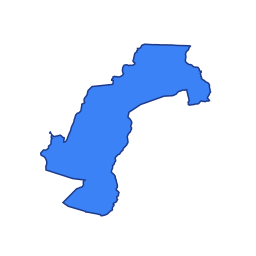 Esplanada, Bahia, Brazil (Robinson projection), rotated 244°
{"feature_id": "56859067B16416208694581", "entity_name": "Esplanada", "entity_type": "district", "adm_level": 2, "iso_a3": "BRA", "parent_name": "Brazil", "parent_adm1": "Bahia", "projection": "robinson", "projection_center": [-37.881, -11.95], "detail": "fine", "context": "isolated", "style": "filled", "palette": "blue", "viewbox_px": 256, "rotation_deg": 244, "n_neighbors": 0, "source": "geoboundaries", "source_scale": "gbopen_adm2", "svg_char_len": 4842}
<svg xmlns="http://www.w3.org/2000/svg" viewBox="0 0 256 256"><g transform="rotate(244 128 128)"><path d="M83.8,40.0L72.0,52.9L71.0,53.2L70.5,54.2L64.3,62.6L62.0,65.3L61.0,65.3L60.5,66.4L60.1,67.9L59.8,69.5L59.8,70.6L59.8,72.0L60.4,73.8L60.7,74.8L61.2,75.9L60.9,77.2L61.5,78.3L62.7,78.6L63.7,79.6L64.4,81.1L65.0,81.8L66.1,81.3L66.7,82.3L66.7,83.3L66.7,85.0L67.6,86.3L68.4,87.3L69.2,86.9L70.2,87.5L71.1,87.7L71.2,89.2L71.9,90.1L72.9,90.5L73.9,91.6L75.1,91.4L76.1,91.0L77.3,90.3L78.4,90.8L79.1,91.9L79.7,92.7L80.6,93.0L81.7,93.5L82.8,93.7L83.7,93.7L84.7,94.1L85.7,94.3L87.3,94.7L88.7,94.6L89.5,95.1L90.4,95.3L91.5,95.2L92.3,95.0L93.2,94.7L94.2,94.2L95.7,93.7L96.6,94.4L97.5,95.0L98.3,96.2L99.4,96.9L100.2,97.5L101.0,97.6L101.2,98.7L101.6,99.7L102.4,100.3L103.0,101.0L103.5,102.1L104.5,102.8L105.5,102.9L106.7,103.2L107.5,104.7L107.9,106.0L108.4,106.8L108.3,107.9L108.3,109.0L109.1,110.4L109.7,111.4L110.0,112.5L110.3,113.7L111.0,114.2L111.9,115.2L112.4,117.1L113.0,118.1L113.2,119.2L114.2,120.4L114.8,121.4L115.9,122.1L117.0,122.3L118.0,122.8L119.5,123.1L120.9,123.7L121.4,124.5L122.2,125.2L122.7,126.3L123.3,127.4L123.5,128.4L124.2,129.1L125.0,129.7L125.5,130.7L126.7,131.3L127.9,131.1L128.8,131.4L129.4,132.1L130.1,132.9L131.0,133.7L132.4,134.0L133.7,133.9L135.2,133.7L136.7,133.2L137.9,132.7L139.3,133.8L140.5,134.9L141.7,135.5L143.6,149.8L142.9,155.6L140.8,174.4L137.8,181.5L137.4,182.8L137.3,184.2L137.4,185.4L137.4,186.5L138.1,187.6L138.6,189.2L138.4,190.6L138.2,191.7L138.2,193.3L137.7,194.5L137.0,195.8L136.8,197.5L125.6,195.0L125.3,194.0L124.6,193.2L123.4,193.0L122.6,192.5L121.3,193.8L121.1,195.5L120.4,196.7L120.1,198.4L119.7,199.9L119.1,201.1L119.0,202.3L119.6,203.6L120.2,204.9L120.1,206.0L119.1,206.8L118.7,207.9L117.9,208.8L117.8,210.0L117.6,211.0L117.0,212.0L116.9,213.2L117.9,213.1L118.9,212.9L120.0,212.4L121.2,213.6L121.9,215.0L122.9,216.1L123.8,217.1L124.2,218.0L125.5,218.1L126.9,218.7L128.6,218.9L129.8,219.5L130.7,220.0L131.9,220.1L133.4,219.7L134.5,218.9L135.7,217.8L137.1,217.6L138.1,216.7L139.1,216.2L140.2,215.7L141.5,216.4L142.7,216.2L143.7,216.7L144.7,216.8L145.5,216.9L146.0,218.3L146.9,218.7L147.5,217.8L148.4,217.4L149.5,217.8L150.6,217.7L151.7,217.5L152.3,216.8L153.0,215.5L153.9,214.1L155.1,213.3L156.5,213.0L157.7,211.9L158.4,210.5L159.7,209.9L161.1,209.1L162.5,208.9L163.9,209.3L165.1,210.2L165.8,210.7L166.7,211.3L167.8,211.7L169.0,211.9L170.2,213.0L171.0,213.8L171.3,214.9L171.6,215.8L171.9,216.8L172.8,217.5L173.6,218.6L174.2,219.9L175.1,219.2L175.6,218.0L176.2,216.9L176.8,215.8L177.2,215.0L178.0,213.6L178.9,211.7L179.6,210.4L180.3,209.1L181.0,207.7L181.6,206.8L182.2,205.7L183.2,204.1L183.8,203.0L184.3,201.9L185.0,200.6L185.4,199.8L186.1,198.5L186.7,197.1L187.4,195.8L188.0,194.5L188.7,193.2L189.3,192.3L189.8,191.2L190.4,190.2L190.9,189.2L191.5,187.8L192.5,186.0L193.2,184.7L193.8,183.6L194.5,182.4L195.1,181.4L195.6,180.3L196.1,179.3L196.2,178.0L196.2,176.6L195.3,175.4L194.5,174.2L194.7,172.8L195.3,171.4L193.9,171.2L193.8,170.0L192.4,169.3L192.5,168.3L192.2,167.3L191.5,166.3L189.7,165.0L188.7,164.1L187.9,163.6L187.0,162.7L186.0,161.8L184.7,162.0L183.6,162.7L182.6,162.1L182.4,160.9L182.4,159.7L182.7,158.6L183.5,157.5L183.7,156.0L184.6,155.5L185.4,154.5L185.9,153.2L186.1,152.0L185.5,150.9L184.9,150.2L184.2,149.5L183.1,148.8L181.9,148.1L180.7,147.8L179.6,147.6L178.6,147.8L178.1,146.9L177.8,146.0L177.6,144.4L177.6,143.0L178.0,142.1L178.5,141.0L179.3,140.2L179.5,139.3L180.3,138.6L180.5,137.0L179.3,136.1L178.9,134.7L178.0,134.3L177.1,135.6L175.9,134.9L174.7,134.0L173.9,133.4L181.0,113.9L179.3,108.8L178.5,107.9L177.7,107.3L176.9,106.7L175.7,105.6L175.1,104.6L174.4,103.1L173.8,101.9L172.8,100.9L171.0,100.3L169.7,100.2L169.6,96.8L168.6,96.5L167.8,95.8L167.1,95.3L166.1,94.6L165.3,94.0L164.5,93.6L164.0,92.8L163.5,91.7L163.2,90.4L163.5,88.7L162.7,87.0L162.0,86.1L161.2,85.4L160.2,84.6L159.2,83.5L158.5,82.9L157.8,82.4L157.0,81.7L156.0,80.6L155.1,79.4L154.2,78.3L153.2,77.2L152.5,76.6L151.5,75.9L150.5,74.8L149.7,73.9L149.1,73.1L148.1,71.9L147.0,70.8L146.2,69.8L145.3,69.1L144.6,68.3L143.7,67.1L143.3,66.2L143.2,65.1L143.4,64.2L145.5,65.0L146.1,65.9L147.4,66.3L148.2,65.2L149.1,64.9L150.3,64.6L151.3,63.9L151.5,62.9L151.6,61.8L152.1,60.3L152.5,58.4L153.1,57.3L154.2,57.1L155.3,56.5L154.2,55.5L153.1,54.8L151.9,55.3L151.6,54.3L149.9,53.0L147.8,52.1L146.9,50.6L146.6,48.7L145.5,48.1L144.7,47.6L144.3,46.0L144.2,44.9L144.3,44.0L145.3,42.5L143.9,38.9L143.0,38.2L141.9,38.0L141.0,38.4L140.2,39.1L139.0,40.0L137.5,40.4L136.2,40.5L135.1,40.5L134.0,40.3L132.7,39.9L131.6,39.3L130.8,38.8L129.8,37.5L126.2,35.9L113.4,49.3L109.7,53.1L106.7,56.3L100.1,66.4L99.8,65.2L99.2,64.2L97.9,63.6L96.6,63.1L96.0,62.4L95.4,61.5L95.2,60.2L95.6,58.8L95.6,57.5L95.6,56.5L95.9,55.3L89.5,36.9L88.1,37.6L83.8,40.0ZM158.4,56.3L157.9,55.5L156.6,56.4L158.4,56.3Z" fill="#3b82f6" stroke="#1e3a8a" stroke-width="1.5"/></g></svg>